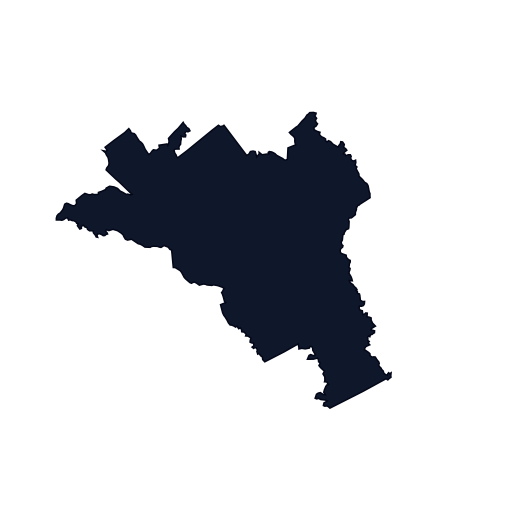 Cascavel, Paraná, Brazil, rotated 323°
{"feature_id": "56859067B17603157029702", "entity_name": "Cascavel", "entity_type": "district", "adm_level": 2, "iso_a3": "BRA", "parent_name": "Brazil", "parent_adm1": "Paraná", "projection": "equal_earth", "projection_center": [-53.389, -25.057], "detail": "fine", "context": "isolated", "style": "filled", "palette": "ink", "viewbox_px": 512, "rotation_deg": 323, "n_neighbors": 0, "source": "geoboundaries", "source_scale": "gbopen_adm2", "svg_char_len": 6145}
<svg xmlns="http://www.w3.org/2000/svg" viewBox="0 0 512 512"><g transform="rotate(323 256 256)"><path d="M260.0,428.5L286.0,432.3L286.7,434.3L288.6,434.0L290.8,434.1L291.8,432.5L293.6,430.6L292.0,430.5L291.7,429.0L290.2,429.4L289.0,430.2L288.0,428.4L287.6,426.5L288.4,424.4L288.1,422.3L288.4,420.7L288.1,419.0L288.2,416.9L289.7,416.1L290.3,414.6L290.2,411.2L290.5,408.5L289.5,407.5L288.0,406.7L287.1,404.5L288.2,402.5L287.8,400.5L286.3,396.1L287.7,394.9L289.6,394.5L293.4,395.4L293.2,393.0L295.0,392.4L294.4,390.7L295.5,389.5L296.3,388.1L297.7,387.5L298.3,389.0L300.0,387.8L301.5,388.5L302.9,388.4L304.4,388.6L305.7,387.1L303.5,384.2L304.6,383.4L309.2,383.9L308.7,379.7L309.4,376.5L310.7,374.7L309.9,373.3L308.1,371.3L310.5,368.6L309.4,367.5L307.7,367.7L306.3,367.3L306.9,365.6L308.0,363.7L306.6,361.9L306.8,359.9L308.4,358.3L310.1,359.7L312.0,360.2L313.7,359.5L315.4,357.6L313.8,356.6L312.7,354.2L315.2,350.0L315.8,348.5L314.5,346.8L315.6,345.4L315.1,343.5L316.4,343.7L316.6,341.7L316.1,339.7L316.2,337.1L315.2,334.1L315.7,331.8L318.0,333.8L318.8,331.9L319.4,329.9L319.9,325.7L321.0,324.6L322.5,323.7L323.7,322.5L323.3,320.9L324.5,320.0L325.8,318.5L327.7,317.5L328.6,316.2L327.7,314.5L327.4,311.5L328.5,309.6L325.6,305.2L325.8,303.4L327.1,301.6L328.9,301.1L330.4,301.1L331.7,300.1L331.4,298.4L332.4,296.2L334.5,295.3L338.1,291.4L339.4,291.6L340.5,290.5L344.0,289.2L346.3,289.9L347.4,289.0L351.2,284.4L351.6,282.5L353.3,281.7L355.2,283.0L360.2,282.8L361.6,281.0L364.1,279.4L365.1,278.1L367.8,276.9L369.0,277.4L370.3,277.2L382.2,278.1L383.5,276.1L384.5,274.9L385.2,272.6L387.2,268.6L387.9,267.0L388.1,264.8L387.1,262.4L387.1,259.1L386.3,254.4L387.6,252.3L388.5,246.5L390.2,245.6L389.7,243.3L392.1,241.3L393.2,239.4L391.4,239.0L390.2,237.9L390.1,236.3L390.6,234.6L392.0,233.7L392.3,231.9L390.7,230.7L388.0,229.8L388.4,228.2L387.3,227.0L388.9,226.3L392.2,226.2L392.2,224.3L391.4,222.0L393.7,220.0L393.8,217.0L392.5,215.7L391.0,217.0L388.7,217.6L387.2,218.5L384.8,213.1L384.4,209.5L383.3,207.5L381.5,207.7L380.9,205.8L382.0,204.4L381.4,202.5L380.5,201.0L379.8,198.9L379.9,196.9L381.6,195.7L379.8,193.2L378.4,190.1L379.8,188.1L381.8,188.5L384.7,187.5L384.5,185.3L385.2,183.3L387.3,182.5L387.2,179.4L388.7,179.1L390.0,178.1L388.3,175.9L385.2,173.8L383.0,174.2L381.8,174.0L378.0,175.4L374.1,175.9L367.6,177.4L365.5,177.2L357.0,177.4L357.2,180.0L357.8,182.4L358.0,184.7L357.2,186.3L356.2,187.4L355.2,189.2L354.6,191.1L346.6,188.9L339.2,197.7L336.7,197.0L336.0,194.3L333.1,188.0L332.8,185.8L332.1,184.1L331.2,182.4L329.5,180.6L328.2,180.6L328.2,182.3L321.8,178.8L320.9,175.0L319.9,176.5L318.0,176.8L316.2,177.5L318.2,172.1L316.8,170.4L314.4,169.2L311.4,170.4L309.1,170.0L309.1,132.3L307.9,132.3L305.4,131.2L304.7,129.0L297.1,129.1L264.0,130.4L252.5,130.4L252.5,128.7L253.0,127.2L253.1,125.0L254.2,122.1L255.9,122.0L259.0,124.3L259.9,122.6L261.3,121.8L263.0,121.4L264.7,119.4L266.9,117.4L268.2,115.0L269.6,117.1L271.4,118.4L272.8,117.1L272.8,115.1L275.1,114.4L276.4,115.9L278.6,116.3L279.0,113.8L278.1,111.7L278.3,109.5L278.0,107.3L278.3,105.4L270.7,107.2L265.9,107.7L256.9,109.4L255.7,111.9L253.9,113.7L252.1,114.6L252.4,113.0L245.2,109.1L243.8,111.8L240.2,111.7L238.0,109.4L236.7,109.5L233.3,110.5L231.4,110.3L231.7,104.1L232.7,99.7L232.9,97.9L232.6,95.8L232.0,94.1L232.3,89.6L232.7,86.8L232.4,85.0L230.4,82.6L231.1,80.3L231.1,77.7L225.4,78.4L212.6,78.2L200.9,78.3L200.8,82.0L199.3,82.1L197.2,79.8L197.9,82.9L197.4,85.0L197.1,88.4L196.3,90.2L194.6,93.3L192.9,95.0L189.7,95.9L188.1,97.0L190.3,110.1L191.3,114.6L194.1,132.3L192.6,131.6L190.7,129.3L189.5,128.8L187.9,124.9L186.6,122.4L186.1,118.7L184.2,115.4L181.1,112.2L177.2,111.6L175.9,112.4L172.1,111.6L168.4,110.4L167.5,111.9L165.6,110.9L163.8,109.6L162.5,107.9L161.0,107.6L159.3,106.4L157.0,103.0L153.2,102.9L146.0,103.2L144.3,106.1L141.8,106.8L140.0,105.7L138.5,103.2L137.5,101.1L136.4,99.8L134.4,99.5L131.1,101.9L129.3,102.8L125.5,103.8L123.4,103.6L121.3,104.1L119.3,105.6L118.2,107.1L121.2,109.3L122.4,110.6L124.3,111.2L126.7,111.2L128.5,112.0L127.9,114.6L129.4,115.2L130.5,117.1L131.7,118.1L132.7,120.2L132.5,122.1L133.6,123.1L131.6,124.3L131.5,128.5L133.2,128.9L134.3,127.3L136.6,127.4L136.8,129.8L138.1,131.5L137.5,133.4L138.2,135.7L140.0,137.0L141.0,138.1L140.1,139.6L140.2,142.9L139.8,144.6L140.8,145.8L141.3,144.2L142.4,143.1L144.5,144.1L145.7,146.2L146.2,147.8L147.6,148.7L149.1,148.5L150.7,149.1L151.1,147.4L150.7,145.6L152.5,145.1L153.8,147.2L157.8,148.6L160.6,152.4L162.0,156.2L162.6,158.9L162.1,161.2L161.8,164.0L163.0,166.0L166.7,167.7L169.3,175.3L170.7,177.0L171.8,179.4L172.6,182.0L176.7,185.4L178.1,185.5L179.8,186.3L183.1,189.0L184.0,190.5L185.3,192.0L188.8,192.3L191.2,196.1L191.2,198.9L192.2,200.5L183.0,215.4L184.5,216.6L186.6,222.0L186.7,224.2L185.8,229.8L186.0,232.0L187.2,237.5L188.1,239.0L189.4,239.1L191.1,239.7L192.2,241.9L193.2,245.2L197.2,246.8L198.6,248.2L199.5,249.7L203.0,252.9L204.7,253.5L207.5,256.5L208.6,258.1L210.3,260.7L211.0,262.6L207.8,264.2L206.5,264.5L206.2,266.3L205.3,268.9L203.5,273.3L203.7,275.0L198.4,273.5L195.2,281.2L194.6,283.9L194.6,286.1L194.3,289.6L193.7,292.8L193.8,295.5L195.0,296.6L196.1,298.4L196.9,300.5L198.6,300.6L198.4,303.7L200.3,304.0L200.1,306.2L199.0,307.9L200.8,309.8L201.0,312.7L199.6,313.6L201.4,315.2L202.1,317.0L202.6,318.7L200.8,319.7L199.4,321.2L200.1,322.6L201.5,324.2L200.4,326.4L198.0,326.4L198.5,328.4L199.8,328.4L200.9,329.5L200.6,331.9L199.3,332.7L198.3,335.4L199.7,335.7L199.7,338.6L200.3,340.5L199.0,342.8L199.3,345.8L220.8,349.5L236.7,351.6L235.3,354.7L234.3,356.1L237.0,357.3L239.4,359.8L243.3,361.7L244.6,360.6L246.0,362.0L245.8,363.7L244.6,365.4L244.0,370.6L241.9,370.2L240.4,367.6L238.5,367.3L234.9,369.4L239.8,373.0L243.7,374.6L243.4,376.4L242.3,378.2L243.0,380.0L240.3,381.4L240.4,384.0L240.9,387.1L241.4,389.1L238.5,390.5L238.2,393.9L236.2,396.7L235.0,397.7L236.7,399.1L236.4,402.2L234.8,401.6L233.0,402.3L230.0,404.1L228.1,405.6L227.9,408.5L226.4,407.2L225.2,403.8L223.1,402.9L221.1,402.8L217.6,405.2L218.5,406.7L220.2,407.3L221.4,409.7L224.7,412.8L225.7,414.8L221.9,414.2L219.8,416.0L220.5,417.3L222.2,418.3L223.0,419.6L223.5,422.0L260.0,428.5Z" fill="#0f172a" stroke="#020617" stroke-width="1.5"/></g></svg>